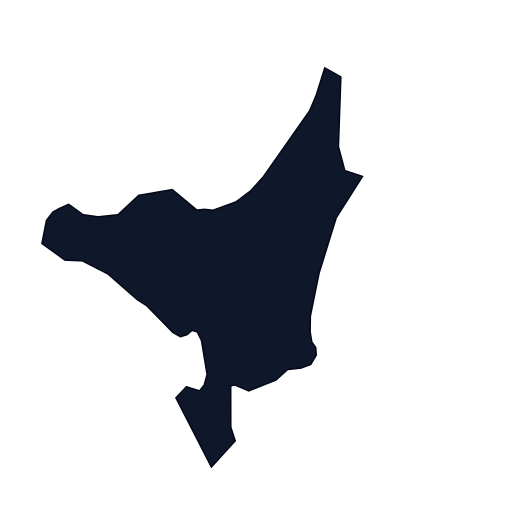 SVG path tracing the border of Vrhnika, rotated 236°
{"feature_id": "SVN-1004", "entity_name": "Vrhnika", "entity_type": "Municipality", "adm_level": 1, "iso_a3": "SVN", "parent_name": "Slovenia", "parent_adm1": "", "projection": "albers", "projection_center": [14.296, 45.95], "detail": "fine", "context": "isolated", "style": "filled", "palette": "ink", "viewbox_px": 512, "rotation_deg": 236, "n_neighbors": 0, "source": "natural_earth", "source_scale": "10m", "svg_char_len": 853}
<svg xmlns="http://www.w3.org/2000/svg" viewBox="0 0 512 512"><g transform="rotate(236 256 256)"><path d="M183.2,110.3L186.5,125.2L175.8,133.7L178.0,140.9L185.1,149.2L216.6,163.6L225.9,164.8L230.2,161.3L229.3,155.0L231.3,148.2L239.2,144.3L275.9,137.6L286.0,133.2L323.9,123.2L349.1,109.3L359.4,95.3L386.1,85.5L402.7,102.2L406.0,112.1L405.4,119.3L403.6,129.6L387.0,135.7L376.8,147.0L367.4,164.7L371.9,192.7L357.9,223.7L327.1,232.7L323.6,239.3L318.0,245.9L312.1,269.6L313.0,288.1L317.6,306.4L346.4,381.6L355.6,395.8L373.5,418.2L357.0,426.5L300.6,385.5L277.1,377.4L262.4,388.8L242.9,344.0L206.5,298.7L175.7,267.4L162.7,258.4L153.5,254.2L146.6,254.3L140.1,250.5L135.5,240.8L137.9,230.7L144.2,218.7L142.0,203.1L148.2,174.6L160.8,166.4L162.6,162.5L128.2,139.4L114.4,135.4L106.0,101.0L183.2,110.3Z" fill="#0f172a" stroke="#020617" stroke-width="1.5"/></g></svg>